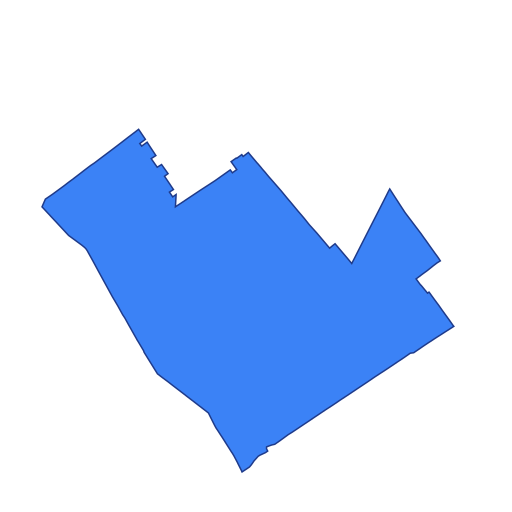 the district of San Mateo Atenco, México, Mexico, rotated 145°
{"feature_id": "50627088B90901919246295", "entity_name": "San Mateo Atenco", "entity_type": "district", "adm_level": 2, "iso_a3": "MEX", "parent_name": "Mexico", "parent_adm1": "México", "projection": "robinson", "projection_center": [-99.543, 19.262], "detail": "fine", "context": "isolated", "style": "filled", "palette": "blue", "viewbox_px": 512, "rotation_deg": 145, "n_neighbors": 0, "source": "geoboundaries", "source_scale": "gbopen_adm2", "svg_char_len": 2545}
<svg xmlns="http://www.w3.org/2000/svg" viewBox="0 0 512 512"><g transform="rotate(145 256 256)"><path d="M182.3,86.3L173.0,86.2L170.8,86.2L166.1,86.1L156.4,85.8L153.7,85.7L151.7,85.6L134.3,84.9L134.4,86.1L134.4,88.4L134.4,92.0L134.5,98.4L134.6,104.9L134.6,108.4L134.6,111.1L134.7,114.0L134.8,117.7L134.9,123.0L134.9,123.9L134.9,125.2L135.0,127.2L136.8,127.2L137.6,137.5L137.8,137.7L137.9,140.8L138.0,145.4L130.3,145.7L124.1,145.8L116.5,146.3L111.7,146.5L107.8,146.3L107.7,149.5L107.7,152.2L107.8,155.0L107.9,164.9L107.9,169.3L108.0,175.4L108.0,179.4L108.8,200.7L109.0,206.1L108.7,215.3L108.3,226.6L108.0,234.2L110.6,232.9L114.1,231.0L125.7,224.8L132.1,221.4L139.3,217.6L162.6,205.2L177.0,197.5L179.3,196.3L181.9,194.9L182.4,201.4L183.0,207.8L183.6,214.2L184.2,220.7L187.8,220.5L190.1,220.3L191.2,220.2L191.8,226.8L192.4,233.4L193.0,239.9L194.4,251.0L194.9,259.1L195.0,260.3L195.9,269.4L196.5,276.9L197.3,285.8L198.0,294.7L199.5,308.7L200.0,313.2L200.3,316.5L200.5,319.4L200.8,322.0L201.0,323.9L201.1,325.7L201.6,331.0L201.7,331.3L202.8,343.5L202.9,345.2L209.5,344.9L209.5,347.2L215.7,347.1L216.0,347.6L222.3,347.6L222.2,337.8L227.6,337.7L227.7,341.3L246.4,341.2L263.8,341.8L293.8,342.5L287.8,350.1L286.2,352.2L290.3,352.2L290.3,358.0L285.5,357.8L285.2,373.8L280.8,373.9L280.9,385.1L286.0,385.4L286.0,386.9L286.0,395.9L280.4,395.7L280.1,406.3L279.9,411.7L286.6,411.6L286.7,414.8L279.7,415.0L279.5,427.1L292.1,426.6L298.3,426.3L305.1,426.0L312.8,425.7L318.3,425.5L324.3,425.3L327.3,425.2L332.4,425.0L335.0,424.9L339.6,425.0L347.4,424.7L353.4,424.4L362.9,424.0L367.1,423.9L373.5,423.6L387.6,423.3L395.9,423.4L403.1,419.0L397.7,380.3L392.5,364.9L391.6,361.7L391.2,359.8L391.2,357.4L392.4,345.9L394.1,331.3L397.0,305.1L397.8,294.5L398.9,284.4L399.0,280.4L399.8,272.9L400.6,264.8L400.7,263.4L400.8,262.9L401.4,256.4L401.5,256.0L401.7,252.5L402.4,242.9L402.9,241.3L404.3,216.0L402.2,209.4L400.0,202.8L399.1,199.8L386.6,159.9L385.0,154.7L385.9,148.9L386.9,142.0L387.1,140.6L387.4,137.7L387.4,135.3L387.6,130.3L387.7,126.6L388.5,109.6L388.5,108.0L388.7,105.2L388.9,103.5L389.7,97.1L389.8,96.8L391.0,88.6L391.3,87.1L391.0,87.1L387.0,87.0L382.4,86.9L379.7,87.6L378.0,88.2L375.1,89.3L369.5,90.6L369.2,90.7L367.1,90.6L361.0,89.5L358.3,89.5L358.1,91.0L358.0,92.0L356.8,93.6L354.1,92.9L351.6,92.2L348.6,91.0L340.6,91.0L332.0,91.2L327.1,90.9L286.8,90.1L277.8,89.8L269.8,89.7L263.4,89.5L250.0,89.2L245.9,89.1L241.6,89.0L237.2,88.9L227.9,88.8L212.8,88.3L201.3,88.1L193.2,87.9L185.4,87.9L182.3,86.3Z" fill="#3b82f6" stroke="#1e3a8a" stroke-width="1.5"/></g></svg>